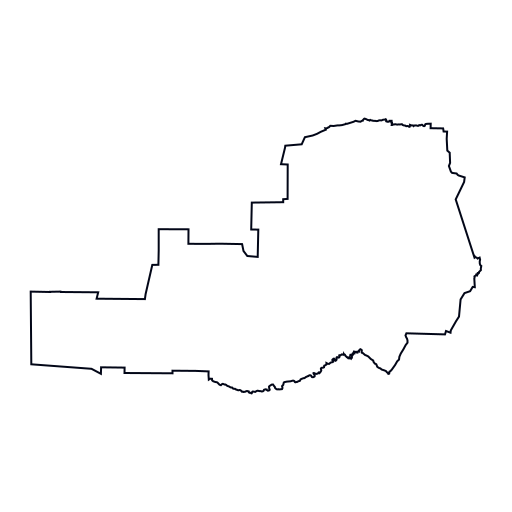 outline of San Alberto, Córdoba, Argentina
{"feature_id": "61730980B48132302456703", "entity_name": "San Alberto", "entity_type": "district", "adm_level": 2, "iso_a3": "ARG", "parent_name": "Argentina", "parent_adm1": "Córdoba", "projection": "albers", "projection_center": [-65.142, -31.674], "detail": "fine", "context": "isolated", "style": "outline", "palette": "ink", "viewbox_px": 512, "rotation_deg": 0, "n_neighbors": 0, "source": "geoboundaries", "source_scale": "gbopen_adm2", "svg_char_len": 6106}
<svg xmlns="http://www.w3.org/2000/svg" viewBox="0 0 512 512"><path d="M447.1,131.6L443.6,131.5L443.3,129.3L443.1,128.4L430.6,128.2L430.7,123.7L427.2,123.8L425.8,124.0L425.2,124.4L424.8,125.8L424.3,126.1L423.8,126.1L423.4,126.0L422.2,124.8L421.3,124.8L420.1,125.4L419.5,125.1L419.0,125.2L418.5,125.7L418.0,125.9L416.1,125.4L414.4,125.5L413.7,126.0L413.5,125.5L412.4,125.5L412.0,125.3L411.2,125.5L410.4,125.0L410.1,124.9L410.2,125.5L409.6,126.8L409.1,126.8L408.4,126.2L407.3,126.0L406.2,126.2L405.3,125.6L403.8,125.4L402.7,125.0L401.9,124.2L399.7,124.5L398.8,124.4L397.2,124.6L395.1,124.2L394.0,124.5L393.5,124.4L392.2,125.0L391.7,125.0L392.0,123.4L392.0,122.8L391.6,122.8L391.6,120.8L389.7,120.8L389.7,121.4L389.2,121.3L388.2,121.8L387.1,121.7L386.4,121.3L385.4,121.1L386.5,120.8L386.0,119.5L385.7,119.2L385.0,119.6L384.2,119.6L382.8,119.8L381.6,120.4L379.7,120.3L379.0,120.4L377.7,121.0L376.2,121.1L375.4,120.9L373.0,120.8L372.0,120.4L371.1,120.4L370.2,119.9L369.4,120.5L369.1,120.2L367.5,119.9L366.3,119.2L364.6,118.6L364.1,118.8L363.0,120.0L362.8,120.7L362.2,120.7L361.2,121.2L360.6,121.7L358.4,121.5L355.5,120.8L353.5,121.8L347.1,123.8L345.8,123.7L345.6,124.1L342.0,125.1L339.3,125.4L337.5,125.4L333.6,126.0L330.3,125.8L329.0,127.2L328.3,127.3L327.6,128.0L326.0,128.4L325.3,128.3L325.8,129.7L320.8,131.8L317.1,133.8L312.7,135.5L304.9,137.2L301.7,144.3L285.3,145.7L285.0,147.8L281.0,164.2L287.7,164.5L287.6,198.9L283.2,199.2L283.2,202.2L251.8,202.6L251.2,229.5L258.3,229.6L257.7,256.9L247.3,256.0L243.5,251.0L242.1,244.1L219.8,243.7L206.3,243.9L188.4,243.8L188.5,229.3L158.7,229.2L158.7,250.4L158.4,264.8L152.3,264.9L145.6,294.1L144.9,299.1L96.6,298.7L98.2,292.3L60.7,292.0L60.6,291.6L50.0,291.8L50.0,292.0L30.7,291.6L31.3,364.3L91.5,368.8L100.9,373.8L101.1,367.3L124.6,367.6L124.5,373.0L172.5,373.3L172.5,370.7L195.9,370.9L208.6,371.4L208.5,375.1L208.8,379.6L210.2,378.7L212.0,378.8L212.1,380.3L212.6,380.8L213.3,381.3L215.3,382.0L216.6,382.2L217.4,382.5L219.4,384.6L220.2,385.0L220.9,385.2L221.8,384.3L222.5,383.9L223.0,383.9L224.8,384.6L225.4,384.5L226.3,385.0L226.5,385.3L227.5,386.0L228.7,386.3L230.6,387.4L232.3,387.6L232.8,388.4L233.2,388.6L233.9,388.8L235.0,388.8L235.9,389.5L236.7,389.6L237.0,389.9L238.3,390.3L239.5,390.0L240.1,390.1L241.1,390.7L241.9,391.7L242.7,391.6L242.8,391.8L243.4,392.0L244.7,391.8L245.6,391.6L246.1,391.2L247.1,391.0L247.9,391.3L248.6,391.3L248.8,391.4L248.9,392.4L249.5,392.8L250.6,392.8L251.4,393.4L251.7,393.3L251.7,392.9L252.3,392.1L252.3,391.8L252.8,391.5L255.3,391.9L256.4,391.1L257.6,390.7L259.6,391.1L260.7,391.1L261.8,391.5L262.8,391.3L263.5,390.9L264.0,389.8L265.5,389.3L266.6,389.5L266.6,389.9L267.9,390.7L269.1,390.4L269.6,390.0L269.7,389.7L269.2,388.3L269.0,386.7L269.4,386.1L271.7,384.6L273.0,384.5L274.2,386.2L274.8,386.8L275.0,387.8L275.7,388.6L276.8,389.3L277.2,389.4L278.4,389.2L278.7,389.4L279.3,389.4L281.4,389.2L282.0,389.1L282.4,388.3L282.4,387.1L282.1,386.6L282.1,386.1L282.3,385.7L283.2,385.0L283.8,382.5L284.5,382.1L286.9,381.6L290.5,381.3L292.5,380.7L293.6,380.7L294.4,381.1L294.8,382.0L295.3,382.3L296.8,381.9L297.0,382.0L298.5,381.2L299.8,380.9L300.6,379.4L301.3,379.0L303.7,378.1L304.5,378.1L305.9,377.0L306.8,376.7L307.5,376.2L308.3,376.1L308.8,375.6L309.9,375.2L310.7,375.4L311.2,375.8L311.6,376.6L312.0,377.1L312.8,377.2L313.5,377.1L314.5,376.5L314.7,376.1L314.7,375.7L314.6,375.2L313.5,373.5L313.5,373.1L313.9,373.0L315.4,373.7L316.7,373.9L318.0,373.4L318.6,372.5L318.8,372.4L319.0,372.6L319.2,373.1L319.4,373.2L320.6,371.8L321.1,370.9L321.3,370.2L320.9,369.1L320.9,368.5L321.2,368.1L321.6,367.8L323.1,367.7L324.0,367.3L324.1,366.0L324.3,365.6L325.3,365.3L326.5,364.4L326.7,364.1L326.4,363.4L326.4,363.0L327.8,363.8L329.1,363.9L330.5,362.7L331.2,362.4L332.7,362.1L333.4,361.5L333.5,361.1L333.3,360.8L332.6,360.3L332.3,360.0L332.4,359.7L333.5,358.7L334.0,358.6L334.3,358.9L335.6,360.7L336.1,360.4L336.5,359.8L336.6,359.3L336.5,357.7L336.8,357.2L337.1,357.1L338.3,357.6L338.8,357.6L339.3,357.3L339.5,356.4L339.2,355.7L339.2,355.3L339.3,355.2L340.5,355.3L341.8,354.4L342.9,354.7L343.5,354.4L343.6,354.1L343.8,354.7L344.1,354.6L344.3,354.3L344.9,354.7L345.5,355.9L346.4,356.6L346.7,357.1L347.1,357.1L347.4,357.4L347.4,356.8L347.7,357.5L348.3,357.4L348.6,357.6L348.5,357.8L348.8,358.1L349.3,358.1L349.7,358.4L350.0,358.3L350.5,358.5L350.5,357.9L351.2,358.0L351.3,358.2L351.5,357.8L351.8,357.8L351.9,357.4L351.6,357.2L351.5,356.8L351.9,356.3L351.9,355.9L351.3,355.4L350.6,355.1L350.3,355.3L350.4,354.8L351.2,354.7L351.5,355.0L351.9,355.0L352.1,355.1L352.4,354.9L352.7,355.0L353.0,354.5L353.1,354.4L352.6,353.8L352.7,353.4L353.2,353.1L353.4,353.3L353.6,352.7L353.8,352.6L354.1,353.2L354.4,353.4L354.5,353.4L354.6,352.6L353.9,351.7L354.0,351.5L355.0,351.9L355.5,351.8L356.9,352.6L357.1,352.6L357.0,352.3L357.2,351.7L359.0,351.7L358.9,350.6L360.3,349.2L361.5,349.8L361.8,350.3L361.6,351.8L361.8,352.7L362.5,352.8L365.2,355.1L366.2,355.4L368.2,356.4L370.8,359.0L373.2,360.5L373.5,361.8L374.8,363.6L375.9,364.0L376.3,364.3L377.0,366.1L377.2,366.7L377.8,367.2L379.3,368.1L380.4,368.4L381.6,369.5L384.4,370.4L386.0,371.1L387.0,372.4L388.0,372.9L388.1,373.7L388.6,373.9L388.9,373.8L389.2,373.6L389.5,371.6L390.5,371.1L391.4,370.0L391.6,369.9L395.1,365.0L397.2,361.3L399.0,359.6L399.4,356.7L400.8,353.5L403.4,349.3L405.7,345.0L407.5,342.7L407.5,340.5L407.0,338.6L406.2,337.3L405.5,335.4L406.4,333.3L445.0,334.4L446.0,331.0L450.5,332.7L450.8,330.4L456.1,321.1L459.0,316.6L460.6,299.4L464.5,293.1L470.1,291.2L472.7,286.9L474.8,287.2L474.3,278.5L474.5,277.9L474.6,277.3L474.4,276.8L474.5,276.3L475.8,275.5L476.1,274.9L476.3,275.4L477.1,275.5L477.3,274.7L477.8,274.1L477.9,273.1L478.6,273.2L479.0,272.9L479.0,272.0L480.9,270.1L480.8,268.6L481.1,267.1L481.1,266.6L481.3,266.0L480.3,265.1L479.8,263.6L479.7,261.6L480.1,259.6L479.6,257.6L478.8,258.0L478.5,258.0L477.7,258.6L476.6,257.6L475.4,257.2L475.1,256.8L475.0,257.3L474.5,257.7L455.7,199.4L464.1,182.0L464.7,177.4L458.7,175.5L457.7,174.9L456.6,173.5L452.1,172.9L450.9,171.6L448.9,166.0L450.1,162.9L449.7,152.7L447.3,150.6L446.7,138.8L447.1,131.6Z" fill="none" stroke="#020617" stroke-width="2"/></svg>